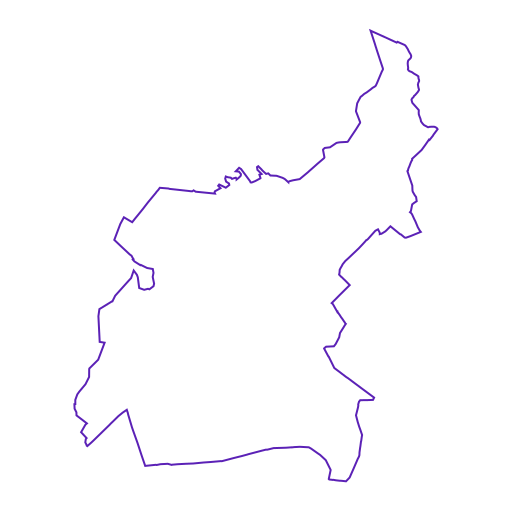 Varakļānu pag., Varaklanu, Latvia
{"feature_id": "27541924B80476747550323", "entity_name": "Varakļānu pag.", "entity_type": "district", "adm_level": 2, "iso_a3": "LVA", "parent_name": "Latvia", "parent_adm1": "Varaklanu", "projection": "albers", "projection_center": [26.71, 56.607], "detail": "fine", "context": "isolated", "style": "outline", "palette": "violet", "viewbox_px": 512, "rotation_deg": 0, "n_neighbors": 0, "source": "geoboundaries", "source_scale": "gbopen_adm2", "svg_char_len": 5822}
<svg xmlns="http://www.w3.org/2000/svg" viewBox="0 0 512 512"><path d="M111.8,301.5L99.4,309.1L98.4,316.2L99.7,341.9L104.6,342.7L98.2,359.7L96.5,361.4L89.4,368.4L89.2,369.0L89.1,377.0L86.1,383.0L85.5,384.2L79.3,391.6L77.3,394.4L75.3,399.9L75.3,404.1L74.4,404.2L74.6,408.7L76.4,412.3L76.5,415.4L86.9,423.4L85.4,424.7L81.1,432.2L86.6,438.1L85.8,439.1L85.3,442.4L86.5,444.8L86.7,445.6L87.3,446.1L89.7,444.0L91.5,442.4L93.4,440.6L109.7,424.7L110.6,423.7L112.5,421.9L118.4,416.1L120.5,414.4L122.7,412.6L124.9,411.1L126.8,409.8L127.4,411.7L127.8,412.8L128.2,414.7L128.9,417.0L130.9,423.7L131.9,427.1L133.1,430.6L137.5,442.9L141.6,455.4L145.2,465.9L155.8,464.8L156.6,465.0L160.4,464.2L167.8,463.8L171.7,464.9L172.1,464.7L177.9,464.2L185.5,463.8L193.2,463.5L203.6,462.5L210.8,462.0L220.9,461.1L221.8,461.2L233.5,458.1L238.7,456.8L241.6,456.1L247.5,454.5L248.0,454.3L262.1,450.6L265.7,449.7L267.2,449.7L273.6,448.1L283.6,447.8L286.3,447.7L291.7,447.3L291.8,447.4L294.2,447.1L299.9,446.8L308.8,447.3L311.1,448.6L317.6,453.2L320.1,454.9L325.5,459.9L325.8,460.2L330.6,469.8L330.6,470.0L330.6,470.3L328.8,478.8L328.8,479.1L329.3,479.5L331.2,479.7L332.5,479.9L333.2,479.8L335.9,480.3L339.4,480.7L341.5,480.8L345.1,481.2L346.0,481.3L346.1,481.2L349.3,477.9L349.7,477.4L353.8,468.1L357.8,458.8L357.9,458.6L358.2,458.1L359.0,456.5L359.4,455.1L359.5,452.4L360.1,447.9L360.4,446.1L361.0,441.5L361.2,441.0L361.7,437.3L362.1,435.0L362.0,434.7L360.2,429.4L359.2,426.7L357.7,421.9L356.0,415.3L358.0,407.4L358.3,405.6L358.2,404.4L359.0,401.7L360.2,400.2L367.9,400.1L373.0,399.9L374.1,397.6L361.4,388.2L348.0,378.2L347.9,378.1L346.3,377.1L334.3,368.0L328.7,356.6L328.4,356.5L324.1,348.5L324.2,348.3L326.1,346.7L333.9,346.3L335.7,344.0L339.2,337.3L340.0,333.0L343.9,326.8L344.6,325.6L345.8,323.9L345.5,323.7L344.7,322.3L344.1,321.5L342.3,318.8L342.2,318.7L341.7,318.0L341.0,317.1L339.9,315.3L337.7,312.2L337.6,311.9L337.4,312.1L336.8,311.0L333.0,304.3L332.6,303.8L331.7,303.1L339.7,295.0L349.7,285.1L344.7,280.0L343.9,279.3L341.8,277.2L341.4,277.0L339.1,274.6L339.5,272.7L339.7,269.8L340.5,268.2L342.2,265.3L342.4,264.7L342.8,264.1L345.3,261.0L348.5,258.1L358.8,248.3L362.4,244.5L363.5,243.3L365.5,241.1L366.3,240.1L366.8,240.0L367.9,239.1L375.3,230.8L378.0,229.3L379.5,232.2L379.8,233.0L379.8,234.1L380.4,233.9L381.4,233.8L385.3,231.4L386.7,230.1L390.4,226.3L400.1,234.2L400.9,234.4L404.6,237.5L405.3,237.7L406.0,237.7L410.5,236.1L420.8,231.9L419.7,230.5L417.8,227.2L415.4,221.4L414.1,218.8L412.1,214.4L411.3,213.2L410.0,212.2L410.9,211.1L412.2,204.4L414.1,202.9L416.7,201.2L416.1,197.0L415.2,195.8L414.7,195.1L412.8,191.8L412.5,190.7L412.4,188.8L412.3,185.6L407.4,171.1L408.0,170.5L408.1,169.5L408.6,168.0L409.3,166.5L410.6,163.0L411.3,161.4L412.2,159.9L412.1,158.8L421.6,150.0L425.1,145.2L429.0,139.6L429.5,140.0L433.1,135.5L433.4,134.8L437.6,129.2L437.2,128.5L436.9,128.2L436.6,127.9L436.0,127.5L434.8,126.9L434.4,126.8L433.5,126.7L429.8,126.8L429.3,126.9L428.7,127.1L428.3,127.2L427.9,127.2L426.3,126.3L424.2,125.2L423.8,124.9L422.6,123.6L421.5,122.1L421.0,121.4L420.9,121.0L420.9,120.5L420.5,119.1L420.4,118.6L419.9,117.4L419.3,115.8L418.8,114.3L418.7,112.5L418.8,110.6L418.7,110.0L412.4,102.9L412.2,102.4L411.6,100.3L411.5,99.8L411.6,99.4L411.9,98.9L412.2,98.3L413.2,97.4L413.7,96.7L413.9,96.3L414.0,96.0L414.6,95.5L415.1,95.1L417.7,92.1L418.9,90.2L419.0,89.6L418.8,88.8L418.5,87.9L418.3,86.9L417.9,84.6L418.2,83.4L418.3,82.8L418.8,81.8L419.1,81.1L419.1,80.7L419.0,79.8L418.6,78.8L418.4,77.4L418.4,76.5L418.4,76.4L418.2,76.2L416.6,75.1L414.1,73.7L412.0,72.2L411.4,71.9L410.3,71.5L409.5,71.2L408.6,70.5L408.0,69.5L407.9,69.2L408.0,68.8L408.2,68.1L407.8,64.9L407.7,63.2L407.9,61.6L408.1,60.8L408.5,60.2L409.0,59.7L409.7,59.1L410.4,58.4L410.8,57.8L411.0,57.3L411.2,56.3L411.1,55.5L410.5,54.1L409.9,53.2L408.9,51.5L407.7,49.0L406.1,46.5L405.4,45.6L404.7,45.0L397.5,41.8L396.7,42.6L384.3,36.9L370.6,30.7L371.7,34.1L374.9,43.9L375.8,46.9L376.2,48.0L376.5,49.1L380.3,60.7L382.9,68.5L382.9,69.5L382.2,70.9L381.9,71.4L376.9,83.3L376.0,85.2L375.6,85.9L374.7,86.6L372.5,87.9L370.7,89.4L366.7,92.4L364.2,93.9L361.7,96.1L360.9,96.6L360.6,96.9L358.7,100.4L358.1,101.6L357.2,103.3L356.0,110.8L356.0,111.4L357.5,115.3L360.1,122.1L360.1,122.8L355.9,129.5L351.8,135.6L350.2,138.0L348.0,141.4L347.6,141.8L347.1,141.9L339.9,142.3L338.4,142.5L336.5,142.9L330.0,147.3L325.1,147.9L324.7,148.0L323.2,149.4L323.0,149.8L324.4,157.2L324.4,157.5L324.0,158.2L317.3,163.9L312.6,168.1L309.4,170.9L308.0,172.2L299.7,179.1L293.0,180.3L289.9,181.1L288.3,181.8L288.3,182.2L285.0,179.2L283.9,178.5L282.5,177.8L276.6,175.8L270.4,175.5L268.3,173.4L266.4,173.8L266.1,173.9L264.3,172.3L262.3,170.4L261.3,169.2L258.2,166.2L257.0,167.1L257.4,169.6L257.4,169.8L261.6,174.0L259.4,174.7L260.5,178.1L260.2,178.4L255.2,181.1L252.0,182.4L251.7,182.5L250.6,182.4L250.1,181.3L249.7,180.7L244.6,173.8L241.1,169.1L239.1,167.8L235.8,171.3L238.9,171.6L240.9,174.0L240.9,175.1L240.5,176.1L238.6,177.9L236.6,179.5L236.6,178.7L235.8,177.7L233.3,178.4L232.0,178.9L230.8,177.7L227.7,177.2L225.8,176.5L225.2,178.6L226.1,181.6L229.0,183.5L229.3,185.0L225.8,187.7L219.2,184.5L218.2,185.8L220.5,188.2L214.9,191.3L214.6,192.2L214.7,192.9L215.0,193.6L195.7,191.7L193.6,190.4L193.5,190.5L192.2,191.3L190.1,191.2L189.9,191.1L175.3,189.5L169.6,188.9L168.4,188.5L159.8,187.8L158.3,189.9L156.5,191.9L155.8,192.9L148.1,202.2L145.0,206.2L143.1,208.7L138.0,215.0L135.2,218.4L132.2,222.2L123.9,217.3L120.3,224.0L114.3,239.9L120.3,245.6L129.7,254.4L131.5,255.7L132.6,257.8L133.5,259.1L132.8,259.6L134.4,261.4L140.4,265.2L140.8,264.9L147.1,268.0L152.8,269.0L153.5,272.9L152.7,276.9L154.1,283.7L153.5,286.2L149.4,289.3L148.0,288.8L144.2,289.8L139.2,288.0L137.8,277.3L136.9,274.8L133.7,270.5L131.1,278.1L128.4,281.0L115.2,295.7L112.5,301.2L112.3,301.1L111.8,301.5Z" fill="none" stroke="#5b21b6" stroke-width="2"/></svg>